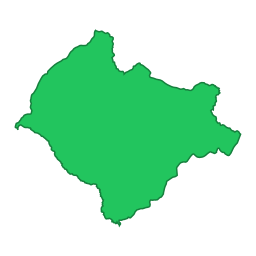 the district of Pajarito, Boyacá, Colombia
{"feature_id": "7082276B9160277643653", "entity_name": "Pajarito", "entity_type": "district", "adm_level": 2, "iso_a3": "COL", "parent_name": "Colombia", "parent_adm1": "Boyacá", "projection": "albers", "projection_center": [-72.701, 5.38], "detail": "fine", "context": "isolated", "style": "filled", "palette": "green", "viewbox_px": 256, "rotation_deg": 0, "n_neighbors": 0, "source": "geoboundaries", "source_scale": "gbopen_adm2", "svg_char_len": 5782}
<svg xmlns="http://www.w3.org/2000/svg" viewBox="0 0 256 256"><path d="M149.8,76.9L149.5,75.6L149.9,74.3L150.6,73.1L150.5,72.4L150.1,71.9L148.3,69.7L146.1,68.1L143.2,65.7L141.9,65.0L140.4,64.6L140.1,63.4L139.5,63.1L138.8,63.2L137.0,64.1L135.0,66.1L133.9,66.1L133.4,66.4L133.4,67.4L132.9,68.6L132.2,69.5L130.0,70.3L127.8,71.7L126.0,72.3L124.2,74.0L124.2,73.3L123.0,71.5L122.4,71.4L121.2,71.6L119.9,71.3L118.7,70.6L118.2,69.3L117.9,69.0L116.3,68.6L116.2,67.0L115.7,65.8L114.9,64.8L114.5,62.3L114.0,62.0L113.3,62.1L112.9,61.9L112.9,60.6L112.4,58.7L112.0,57.7L114.3,55.4L114.2,54.6L113.9,54.0L112.6,52.7L112.3,52.0L112.4,50.5L112.1,48.5L112.9,47.3L112.5,46.2L113.1,44.7L113.2,44.0L113.1,43.3L112.2,41.7L112.3,40.9L113.2,39.1L113.1,37.7L111.9,36.8L110.7,36.8L110.0,36.5L109.6,34.6L108.0,33.0L107.3,32.8L106.0,33.4L105.2,33.3L101.9,31.2L99.0,31.8L95.8,30.7L95.6,30.4L95.0,31.0L94.5,32.7L94.4,35.5L94.0,36.7L91.8,39.0L90.4,41.6L89.3,42.7L87.8,43.7L87.2,44.7L86.7,45.1L85.6,45.5L83.0,45.6L81.1,45.4L79.8,45.6L77.5,46.9L75.8,47.5L74.5,48.3L73.8,48.8L72.6,50.4L70.9,51.8L69.8,53.3L68.3,56.2L66.7,58.2L65.8,58.7L63.0,59.5L61.4,60.9L57.1,63.2L54.9,64.7L50.9,68.2L47.9,71.3L47.5,73.1L47.1,73.9L46.7,74.0L45.2,74.1L42.7,76.0L41.2,78.4L38.4,83.7L36.6,88.4L33.6,93.2L32.1,94.4L31.6,95.2L31.0,98.2L31.0,99.0L30.5,100.3L30.7,101.9L31.3,103.3L30.5,106.8L30.5,107.7L31.9,110.6L31.2,113.4L30.8,113.9L30.4,114.1L27.6,114.1L25.7,114.6L24.2,115.3L23.1,116.9L21.3,118.3L20.7,119.8L19.8,120.8L19.0,122.0L18.3,122.6L16.3,123.4L15.4,126.3L15.4,127.4L15.9,127.7L16.8,127.8L18.0,129.8L17.8,127.8L18.8,125.9L20.3,124.9L21.2,125.1L24.4,127.3L25.5,127.5L27.9,127.5L29.3,128.0L30.5,128.0L30.8,128.4L30.6,128.8L30.8,129.4L34.1,131.6L34.6,132.5L37.8,133.1L38.6,133.7L39.7,134.2L41.0,135.5L41.3,136.1L41.8,136.3L42.7,136.3L44.7,138.1L45.5,138.5L45.9,139.2L47.0,140.0L47.4,140.7L48.7,141.0L49.2,144.0L49.7,144.6L50.1,145.9L51.0,146.3L51.7,147.8L51.3,149.0L51.4,149.7L53.1,151.0L54.1,151.2L54.8,152.1L54.9,152.9L54.5,153.9L55.1,155.9L55.5,156.2L55.6,156.5L56.4,157.1L56.5,157.7L57.2,158.1L57.4,159.0L58.8,160.2L59.8,160.9L60.1,161.5L60.9,162.1L61.2,163.3L62.3,163.9L61.8,165.1L63.3,167.5L64.3,168.0L64.6,168.9L65.2,169.2L65.9,169.2L66.7,169.8L66.9,170.0L66.9,170.7L67.6,171.2L67.8,172.0L68.2,172.6L69.0,173.0L69.6,173.8L70.6,174.1L70.9,174.0L72.4,173.9L72.7,174.6L73.6,175.1L74.9,175.3L76.4,175.3L76.9,175.9L77.5,176.1L78.3,178.0L79.3,178.8L79.9,179.7L80.6,179.9L80.9,180.8L82.0,180.8L82.6,181.2L84.0,181.5L84.4,181.7L85.0,182.8L86.0,182.8L86.2,183.2L86.5,183.3L87.3,183.3L88.1,183.7L89.4,183.7L90.4,184.6L91.3,184.7L93.0,184.0L93.7,183.9L94.6,184.1L95.8,184.1L96.7,184.8L96.8,185.2L96.4,186.3L96.6,186.7L97.5,187.2L97.5,187.9L97.7,188.2L98.3,188.5L98.9,188.5L100.0,189.6L99.6,190.3L100.1,190.8L99.8,192.1L100.6,192.9L100.6,194.2L100.4,194.7L100.9,195.6L100.6,196.2L101.6,196.9L102.0,198.1L102.4,198.5L102.6,199.5L103.4,200.0L103.0,200.7L103.1,201.3L102.2,202.7L102.7,203.5L102.3,204.8L103.0,205.9L102.4,206.3L101.6,207.4L101.3,208.3L101.3,210.2L101.8,210.8L101.4,211.3L101.5,211.7L101.6,211.9L103.2,212.3L103.7,212.5L103.8,213.8L103.4,214.6L104.3,215.5L105.1,217.7L106.2,218.9L107.1,218.6L108.0,218.8L109.1,218.3L110.3,218.7L111.8,219.7L112.2,220.5L112.8,221.0L112.7,221.2L111.9,221.3L112.0,221.8L113.4,222.0L114.0,222.8L114.9,222.6L115.9,223.6L116.5,223.3L117.0,222.0L117.5,223.0L119.2,224.8L119.4,225.6L120.5,223.9L120.1,223.4L120.1,222.8L119.6,222.7L119.2,222.3L119.0,220.9L119.2,220.2L121.7,220.2L122.8,219.6L124.4,219.4L127.6,218.3L127.6,218.0L128.1,217.3L128.7,217.2L129.8,217.8L130.5,217.8L133.8,214.5L134.4,213.5L134.9,212.2L136.7,210.0L140.9,208.6L142.4,208.7L143.2,208.5L146.4,207.4L146.7,207.5L148.3,207.1L149.5,206.6L149.8,206.2L150.0,205.4L150.1,204.3L149.6,202.0L150.2,200.4L150.7,200.0L152.4,200.2L154.5,199.9L155.5,200.0L157.5,199.7L159.7,197.6L161.0,197.2L161.9,196.3L163.4,193.9L163.4,193.1L164.4,188.6L165.0,186.6L166.2,184.0L166.7,181.3L171.5,178.0L172.8,177.2L175.0,176.7L176.3,176.0L177.2,175.3L176.6,168.2L176.8,167.4L179.2,164.2L180.5,162.8L182.9,162.0L184.1,161.9L185.4,162.1L186.2,161.9L187.1,161.3L190.5,156.4L192.4,154.4L192.9,154.1L193.7,154.0L194.1,154.3L194.8,155.0L196.6,156.6L197.7,157.1L199.6,157.4L202.3,157.0L203.7,156.5L205.6,155.3L207.6,153.5L209.9,151.9L210.7,151.9L212.5,152.7L213.1,152.6L214.0,153.3L214.8,153.4L216.5,152.3L216.5,151.2L217.2,149.9L217.2,149.3L218.0,148.3L218.4,148.2L219.2,148.4L220.0,150.2L221.4,151.7L222.9,152.4L223.7,152.4L224.3,152.6L225.1,153.8L227.5,155.3L228.5,155.5L229.3,155.2L230.9,153.1L233.5,147.6L235.2,145.2L237.3,142.9L240.6,134.2L239.7,133.5L238.7,131.8L237.3,130.9L236.6,131.0L234.9,132.0L234.4,131.9L233.7,131.1L232.1,130.7L231.0,129.8L229.9,128.2L229.7,128.1L228.4,128.2L227.7,127.7L226.8,127.6L224.0,125.2L222.7,124.8L221.0,125.4L220.6,125.3L220.4,125.0L219.9,123.2L219.4,122.9L218.1,123.1L217.7,123.0L216.0,120.5L216.4,119.0L216.0,117.0L213.8,115.8L212.3,114.2L212.0,112.9L211.1,111.8L211.1,110.7L210.9,110.5L212.5,109.3L213.3,109.8L213.4,108.0L213.1,106.2L213.5,105.8L214.6,105.6L215.1,105.1L215.1,103.1L215.5,102.1L216.2,101.7L216.4,101.2L216.3,100.4L215.9,98.9L216.2,97.9L215.6,97.3L215.8,96.4L216.4,95.1L217.0,94.8L218.2,94.7L219.0,93.5L219.7,93.1L219.9,92.9L219.7,92.6L219.1,92.3L218.9,91.8L219.5,90.7L218.8,89.8L218.8,89.1L219.2,88.5L218.6,88.0L217.3,88.0L216.8,87.1L215.6,86.7L215.4,85.9L214.6,86.0L213.7,84.9L212.3,84.5L211.6,84.6L210.5,85.3L209.1,85.6L207.6,84.5L205.3,83.9L204.2,82.8L201.6,82.6L200.0,83.1L198.5,84.2L197.4,84.6L195.7,85.5L194.2,86.8L193.4,88.6L192.2,89.7L191.1,90.4L189.7,90.4L187.7,89.8L185.7,89.8L183.7,88.6L181.8,89.1L180.4,89.2L176.6,87.7L173.6,87.3L171.6,86.7L167.2,84.6L165.0,83.2L162.1,80.9L160.1,80.0L156.4,79.3L153.5,78.2L150.6,77.5L149.8,76.9Z" fill="#22c55e" stroke="#15803d" stroke-width="1.5"/></svg>